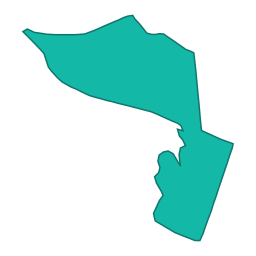 Balneário Pinhal, Rio Grande do Sul, Brazil (Robinson projection)
{"feature_id": "56859067B35823111888461", "entity_name": "Balneário Pinhal", "entity_type": "district", "adm_level": 2, "iso_a3": "BRA", "parent_name": "Brazil", "parent_adm1": "Rio Grande do Sul", "projection": "robinson", "projection_center": [-50.295, -30.225], "detail": "fine", "context": "isolated", "style": "filled", "palette": "teal", "viewbox_px": 256, "rotation_deg": 0, "n_neighbors": 0, "source": "geoboundaries", "source_scale": "gbopen_adm2", "svg_char_len": 1375}
<svg xmlns="http://www.w3.org/2000/svg" viewBox="0 0 256 256"><path d="M233.1,143.7L226.6,141.4L220.3,139.1L201.5,130.5L200.5,121.3L199.8,113.6L199.0,104.1L197.8,92.2L197.1,84.6L195.8,70.7L193.8,52.8L190.3,51.1L185.9,49.5L172.5,40.1L167.7,36.9L163.7,34.0L159.2,33.7L155.8,34.4L151.4,34.4L146.8,33.1L141.3,26.1L138.1,22.4L134.8,18.9L132.7,15.4L127.5,16.2L123.1,17.8L119.0,19.8L112.9,22.3L104.9,25.7L99.4,28.2L94.4,30.4L89.0,32.4L84.8,34.0L79.5,34.4L74.9,34.7L70.3,34.7L61.0,34.7L55.1,34.7L50.5,34.4L46.3,34.2L41.0,33.3L34.4,32.4L27.3,29.0L22.9,31.6L30.7,39.4L40.4,49.5L44.0,53.6L48.4,67.1L51.3,71.0L58.0,78.3L62.3,82.1L70.6,86.8L76.4,89.2L83.1,92.6L89.7,95.6L93.9,96.9L102.2,99.1L107.1,100.5L112.4,101.7L117.3,103.1L125.9,105.2L151.0,111.7L156.0,113.7L163.0,116.9L171.0,120.5L177.9,123.4L180.9,125.6L183.0,130.8L177.5,129.2L179.4,136.0L182.8,140.1L185.5,145.6L180.5,148.0L179.1,154.2L179.6,159.9L180.5,166.1L175.8,158.3L173.1,153.7L168.1,151.0L163.4,152.0L159.2,155.0L157.9,161.3L160.0,167.5L158.6,172.8L154.6,176.7L156.5,183.1L161.3,191.3L163.1,195.6L159.6,200.2L153.5,213.4L155.2,220.9L175.0,232.6L185.7,236.9L190.9,238.9L194.9,240.5L199.9,240.6L203.2,233.2L204.7,228.6L207.7,220.2L211.2,211.0L213.1,204.7L215.0,199.3L216.9,193.9L218.1,189.9L220.5,182.9L224.5,171.0L227.1,163.4L229.6,155.5L232.3,147.9L233.1,143.7Z" fill="#14b8a6" stroke="#0f766e" stroke-width="1.5"/></svg>